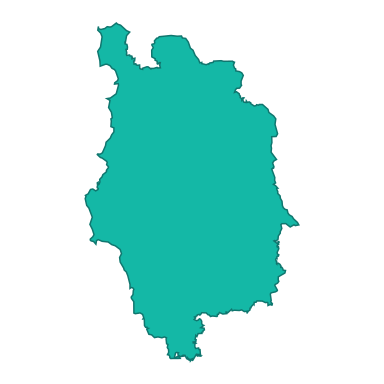 outline of Nilphamari, Rangpur, Bangladesh
{"feature_id": "16705992B74406959438199", "entity_name": "Nilphamari", "entity_type": "district", "adm_level": 2, "iso_a3": "BGD", "parent_name": "Bangladesh", "parent_adm1": "Rangpur", "projection": "orthographic", "projection_center": [88.949, 26.021], "detail": "fine", "context": "isolated", "style": "filled", "palette": "teal", "viewbox_px": 384, "rotation_deg": 0, "n_neighbors": 0, "source": "geoboundaries", "source_scale": "gbopen_adm2", "svg_char_len": 5940}
<svg xmlns="http://www.w3.org/2000/svg" viewBox="0 0 384 384"><path d="M193.5,359.1L196.4,354.2L197.8,354.4L196.8,355.2L197.3,356.0L198.4,355.1L198.5,355.9L200.5,356.1L200.0,355.3L200.6,355.2L199.1,354.5L200.4,354.2L200.0,349.6L199.1,349.6L198.6,348.0L195.7,348.5L194.9,347.0L194.8,345.0L194.9,343.8L195.9,343.3L194.5,342.6L193.3,343.0L193.1,342.0L195.8,341.7L196.1,339.7L195.1,339.5L195.8,335.3L196.9,336.5L198.1,333.6L201.9,333.4L201.7,332.4L203.0,331.8L203.1,330.7L204.4,329.9L204.1,328.2L200.8,327.7L203.8,325.4L202.5,324.9L201.7,323.6L201.7,321.2L200.6,319.3L199.4,318.8L198.2,320.1L196.6,320.7L194.1,319.5L195.6,317.9L194.5,317.0L197.0,315.8L197.3,314.9L199.2,314.4L199.6,315.0L200.4,314.8L201.8,312.7L206.2,312.9L208.1,314.8L209.4,315.0L210.4,316.5L212.6,316.0L216.9,316.5L217.4,316.0L217.4,314.4L218.5,314.3L219.4,312.5L222.8,314.0L226.9,313.6L227.1,312.9L225.4,311.7L227.9,312.6L231.6,309.3L232.2,310.8L234.3,310.2L239.3,310.5L241.6,309.9L244.4,311.6L247.2,311.2L246.9,313.4L248.2,311.3L250.0,309.9L250.0,308.2L251.0,307.8L251.2,306.7L253.7,304.1L254.0,304.5L254.2,302.3L256.1,302.2L257.0,300.9L262.3,301.1L265.4,302.6L267.3,302.4L267.9,302.9L268.0,305.5L271.1,304.1L271.2,305.0L272.0,305.1L272.4,303.8L270.7,301.6L271.2,300.5L270.3,294.0L271.2,292.8L275.6,291.8L277.2,290.8L277.4,290.2L274.8,285.4L275.1,284.5L277.5,283.2L278.8,281.4L278.2,279.8L278.3,276.8L284.9,273.0L285.5,270.5L283.2,270.2L282.6,268.3L281.6,267.1L280.8,267.3L280.8,265.6L279.8,264.2L278.0,263.1L277.0,263.5L276.9,264.2L276.5,263.8L276.7,261.1L276.0,260.9L275.7,259.2L276.5,258.2L277.0,258.5L276.9,256.8L277.4,256.1L278.4,256.1L278.8,254.8L277.5,254.1L277.1,252.5L278.8,248.7L278.4,246.6L277.8,246.3L277.3,247.0L277.0,246.0L277.9,244.4L278.6,244.4L278.5,242.8L279.1,242.1L278.7,241.5L278.0,241.8L278.0,242.7L277.1,243.4L273.9,240.9L274.7,240.5L276.1,241.0L278.0,239.3L278.3,236.0L280.3,233.1L280.2,231.8L281.8,228.5L280.9,224.6L281.9,223.7L285.8,223.6L290.2,227.0L294.0,224.8L295.3,225.6L298.8,224.9L297.4,222.4L293.6,218.9L292.1,216.5L289.3,214.9L287.9,213.0L287.2,209.9L285.0,209.3L283.3,207.7L282.4,205.5L282.0,201.2L280.4,198.4L280.1,195.9L277.7,193.4L277.8,191.7L276.6,188.7L276.8,188.1L277.7,188.1L275.6,185.7L273.4,184.3L275.6,182.9L274.6,180.4L274.8,177.5L271.7,169.0L273.4,168.2L273.1,167.7L274.0,167.0L272.6,162.9L274.2,160.7L276.5,159.5L271.1,152.2L271.5,148.2L271.0,145.8L271.9,142.6L271.7,136.7L276.1,136.5L277.6,133.8L275.0,124.4L275.8,118.9L273.6,115.9L268.9,112.5L268.0,109.4L262.5,104.5L259.2,104.5L258.6,105.2L256.6,104.7L256.1,105.6L254.2,106.0L250.5,103.5L250.7,102.8L249.2,101.9L247.3,102.4L246.3,100.9L246.1,102.5L243.9,102.2L242.6,99.8L243.9,97.9L242.9,97.8L241.8,99.8L241.7,98.5L240.2,97.6L240.4,96.2L239.5,95.2L239.2,93.7L236.4,91.7L234.5,92.4L235.4,89.9L236.7,88.3L239.6,88.1L241.6,85.2L241.1,84.5L241.1,81.1L243.3,75.4L241.7,72.8L239.5,71.6L235.8,70.9L235.7,68.9L234.5,68.1L233.4,65.1L234.3,62.7L233.9,62.8L233.8,61.8L233.0,61.8L232.6,61.2L223.7,61.3L221.1,60.7L213.7,61.1L213.1,62.4L209.7,63.0L208.8,64.2L208.4,63.8L206.2,64.7L201.7,63.6L201.8,62.4L199.8,62.8L198.5,59.4L195.2,55.5L193.0,50.2L190.4,48.2L188.3,42.1L185.7,38.4L182.4,38.0L181.5,36.0L177.1,36.2L171.1,35.5L159.3,36.7L157.8,38.1L156.7,38.2L154.4,40.9L154.8,42.8L153.9,43.9L152.1,44.2L151.8,44.9L153.3,47.7L151.7,50.1L151.8,56.9L155.2,58.7L155.0,60.1L157.2,61.3L157.2,63.7L157.9,64.1L159.3,62.6L160.3,62.6L159.7,65.1L160.4,67.8L157.6,68.0L157.1,67.4L153.7,68.4L151.1,68.4L150.9,68.9L148.0,66.8L146.8,66.8L142.5,68.3L142.6,69.4L140.7,69.0L139.8,68.5L139.6,65.0L137.6,65.3L136.3,64.9L135.8,63.8L134.1,64.1L133.7,61.1L134.6,60.9L134.9,58.2L131.9,58.9L131.9,57.5L132.3,57.5L131.8,56.1L129.9,55.9L129.6,55.0L126.7,55.4L126.4,54.1L126.8,53.0L126.0,49.4L127.3,49.2L127.5,47.0L126.9,44.4L125.1,43.9L124.9,42.3L125.4,42.4L126.6,35.6L129.7,32.1L126.5,30.6L120.6,25.2L117.6,24.2L116.3,23.0L111.8,26.5L110.2,27.1L107.2,26.7L104.9,28.5L100.9,29.5L98.6,28.7L98.4,26.5L97.8,30.2L100.7,33.1L102.1,36.8L100.5,47.1L97.7,51.4L99.9,60.8L100.2,66.2L105.6,64.2L107.2,64.3L110.1,65.7L112.0,68.3L114.4,69.5L115.6,71.0L118.3,78.7L117.6,80.6L114.7,82.8L114.5,84.1L118.3,83.6L118.5,85.3L116.2,93.8L110.4,98.0L106.9,98.6L110.0,100.4L108.6,107.6L111.4,112.2L112.3,117.8L110.9,118.9L111.3,121.1L110.9,126.6L113.9,127.9L113.9,131.9L111.7,134.8L110.2,138.2L106.1,142.2L105.5,145.7L102.4,152.8L100.3,154.1L97.6,154.0L97.3,154.6L100.4,157.5L102.2,158.1L106.6,161.3L107.2,162.5L106.6,164.7L108.4,166.7L108.4,167.6L106.4,170.3L106.6,171.1L106.0,172.2L102.9,174.6L102.0,176.9L99.7,179.3L99.9,182.0L99.1,184.2L97.9,184.2L98.1,182.3L97.3,182.8L97.4,184.3L98.1,184.9L97.3,186.0L97.2,187.7L98.3,188.5L98.0,189.5L95.7,190.9L92.8,189.0L90.5,189.5L88.1,193.9L85.4,195.4L86.0,196.4L85.2,198.6L86.7,205.4L88.9,208.1L92.3,217.2L89.9,224.4L92.3,229.2L94.0,234.6L92.8,236.8L90.3,239.1L90.3,240.1L91.1,240.9L93.6,241.5L95.9,244.2L96.5,240.6L98.2,239.6L102.1,241.3L108.2,242.0L111.7,244.6L115.3,245.8L120.2,249.5L121.5,253.7L119.6,257.5L120.2,262.1L123.7,268.1L124.2,270.0L126.3,271.9L127.8,275.7L130.0,284.4L130.0,288.4L131.2,287.5L132.7,287.8L133.9,289.3L133.3,290.6L133.0,294.6L131.2,297.1L131.5,298.5L133.8,301.7L133.9,313.1L135.3,313.7L140.1,312.9L142.6,314.4L143.7,317.6L143.0,318.9L144.0,318.7L144.3,319.5L144.5,325.6L145.6,327.3L147.0,327.3L147.0,328.2L148.3,328.4L146.8,329.4L148.9,334.3L151.6,334.8L154.5,337.6L158.0,336.9L161.9,337.8L164.4,336.9L166.5,337.8L166.1,339.0L166.6,343.8L167.9,344.4L167.3,347.6L168.5,349.3L168.7,352.3L167.5,354.7L169.2,355.2L169.9,356.8L169.8,357.7L170.6,358.5L180.2,358.4L179.4,357.0L178.0,356.2L175.6,357.5L174.5,357.1L175.6,352.9L176.7,352.4L178.5,352.8L177.9,353.7L178.1,354.9L180.4,356.6L183.1,356.2L182.1,355.8L183.0,355.2L185.0,355.3L186.7,358.7L187.3,358.7L187.5,357.7L188.1,358.4L187.9,359.3L188.7,359.8L188.7,359.0L189.7,359.9L190.2,358.7L190.4,361.0L191.6,359.6L193.0,360.8L192.0,358.9L193.0,358.5L193.5,359.1Z" fill="#14b8a6" stroke="#0f766e" stroke-width="1.5"/></svg>